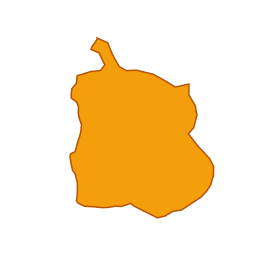 Agia Kepir, Cyprus (Natural Earth projection), rotated 72°
{"feature_id": "46923920B83418385302054", "entity_name": "Agia Kepir", "entity_type": "district", "adm_level": 2, "iso_a3": "CYP", "parent_name": "Cyprus", "parent_adm1": "", "projection": "natural_earth1", "projection_center": [33.563, 35.109], "detail": "fine", "context": "isolated", "style": "filled", "palette": "amber", "viewbox_px": 256, "rotation_deg": 72, "n_neighbors": 0, "source": "geoboundaries", "source_scale": "gbopen_adm2", "svg_char_len": 1189}
<svg xmlns="http://www.w3.org/2000/svg" viewBox="0 0 256 256"><g transform="rotate(72 128 128)"><path d="M32.8,129.6L33.9,129.6L39.7,137.4L41.9,138.9L45.9,134.3L47.2,132.5L47.7,132.4L56.1,131.2L60.6,130.5L60.8,130.7L64.9,136.4L64.0,140.5L62.8,145.9L62.6,160.2L69.5,163.3L69.8,163.8L73.3,169.2L73.8,169.4L77.1,171.1L81.8,172.7L87.8,168.8L92.9,168.6L97.5,170.3L98.7,170.8L103.8,171.4L110.3,171.2L117.1,174.1L118.1,174.7L121.3,176.8L123.3,178.3L126.0,180.3L130.4,183.2L134.2,185.8L134.8,190.5L136.4,191.7L137.8,192.1L140.8,192.6L143.0,193.0L150.9,193.8L155.8,192.4L164.8,193.2L170.5,195.0L174.1,196.4L176.2,197.2L177.9,197.9L181.3,199.6L184.1,198.7L186.5,196.2L189.1,193.3L192.0,185.7L195.6,177.6L197.1,172.6L198.3,166.1L198.2,164.2L200.6,158.8L200.6,148.7L204.2,146.3L211.0,139.4L211.9,138.9L212.2,138.2L213.8,136.6L222.5,127.8L223.2,120.2L221.1,111.2L221.7,107.6L222.5,102.2L219.8,92.5L216.3,80.0L212.2,72.4L207.5,66.8L199.3,61.3L191.1,58.5L182.2,59.9L165.8,67.5L152.1,72.4L148.0,65.4L137.1,58.5L127.6,57.1L115.3,59.9L105.0,56.4L103.7,70.3L94.1,78.6L84.5,87.6L75.6,102.2L72.9,111.9L66.8,117.4L52.4,120.2L40.8,120.9L32.8,129.6Z" fill="#f59e0b" stroke="#b45309" stroke-width="1.5"/></g></svg>